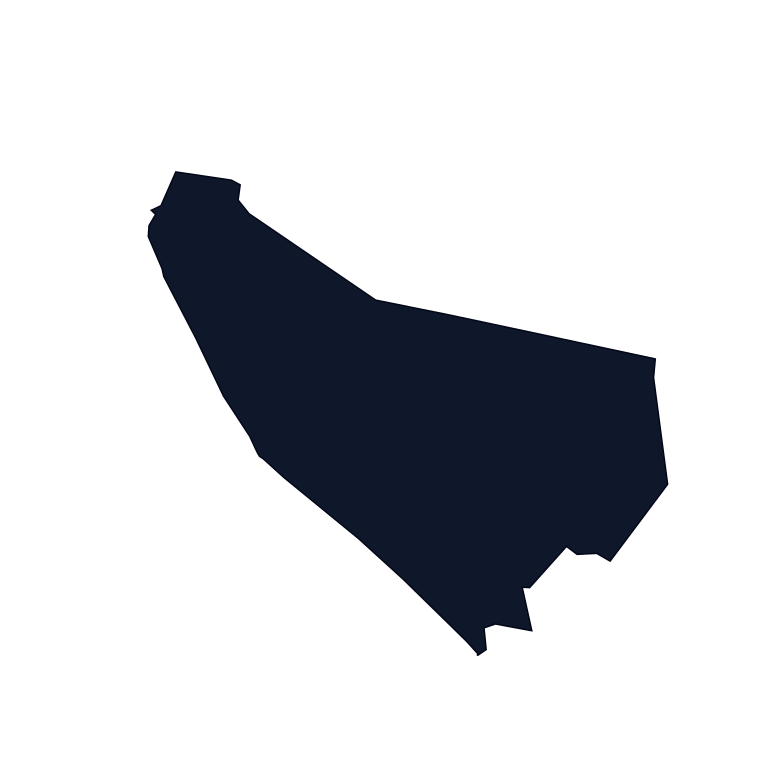 the district of Ocean, New Jersey, United States of America, rotated 124°
{"feature_id": "52423323B31448976404541", "entity_name": "Ocean", "entity_type": "district", "adm_level": 2, "iso_a3": "USA", "parent_name": "United States of America", "parent_adm1": "New Jersey", "projection": "albers", "projection_center": [-74.224, 39.835], "detail": "fine", "context": "isolated", "style": "filled", "palette": "ink", "viewbox_px": 768, "rotation_deg": 124, "n_neighbors": 0, "source": "geoboundaries", "source_scale": "gbopen_adm2", "svg_char_len": 745}
<svg xmlns="http://www.w3.org/2000/svg" viewBox="0 0 768 768"><g transform="rotate(124 384 384)"><path d="M370.1,674.1L371.1,668.2L384.1,667.4L393.5,661.9L412.4,632.6L418.1,626.6L451.1,565.9L483.8,510.3L502.5,466.0L510.6,452.6L512.2,449.7L513.3,447.3L513.6,446.7L513.5,442.5L517.5,414.7L526.4,318.8L529.7,296.3L535.0,259.8L547.4,191.9L551.2,171.4L555.1,155.7L556.5,154.9L556.2,154.4L547.0,150.8L534.7,161.0L530.3,164.7L520.7,157.5L505.9,123.5L475.2,155.8L471.4,149.4L416.6,141.9L417.3,128.7L405.5,113.0L404.4,97.5L308.5,92.8L227.9,164.1L211.5,173.1L242.1,249.1L248.4,264.8L289.6,366.9L319.1,437.8L318.3,591.0L313.1,607.8L299.3,614.6L300.3,624.4L324.6,675.2L360.9,668.6L370.1,674.1Z" fill="#0f172a" stroke="#020617" stroke-width="1.5"/></g></svg>